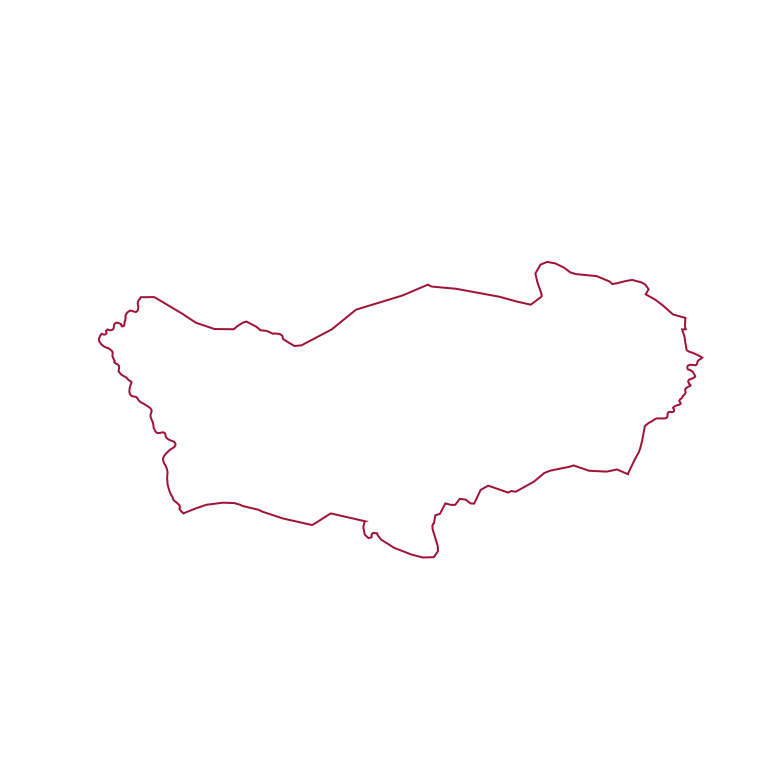 outline of Ar Rujum, Al Mahwit, Yemen, rotated 116°
{"feature_id": "15242507B44353652125997", "entity_name": "Ar Rujum", "entity_type": "district", "adm_level": 2, "iso_a3": "YEM", "parent_name": "Yemen", "parent_adm1": "Al Mahwit", "projection": "robinson", "projection_center": [43.673, 15.406], "detail": "fine", "context": "isolated", "style": "outline", "palette": "rose", "viewbox_px": 768, "rotation_deg": 116, "n_neighbors": 0, "source": "geoboundaries", "source_scale": "gbopen_adm2", "svg_char_len": 5614}
<svg xmlns="http://www.w3.org/2000/svg" viewBox="0 0 768 768"><g transform="rotate(116 384 384)"><path d="M220.8,109.5L220.5,112.5L220.5,116.7L220.7,120.6L221.2,124.1L220.9,126.7L220.8,126.9L213.6,132.1L209.8,134.6L204.3,140.0L202.5,136.8L200.5,138.6L192.5,142.1L194.8,154.7L191.1,168.0L189.5,176.3L189.1,180.0L188.7,188.1L182.8,187.7L180.1,192.8L179.8,197.0L181.4,204.9L181.5,206.3L185.3,211.7L191.1,218.5L194.0,222.5L193.0,226.1L193.8,240.1L201.2,260.0L202.0,265.5L200.5,273.3L200.5,279.6L200.5,282.9L202.8,290.9L205.2,293.1L208.2,295.7L208.7,295.7L218.3,296.4L224.8,291.2L231.6,284.3L234.7,281.4L236.6,280.8L248.4,286.9L251.9,301.8L254.9,318.2L257.8,328.6L266.7,360.6L275.6,384.1L275.5,388.1L278.0,390.3L296.0,405.9L301.1,411.3L329.4,441.7L357.8,454.9L385.4,475.1L389.1,481.1L388.5,488.5L387.8,494.6L385.9,495.9L385.0,497.0L384.8,499.6L386.6,504.9L387.6,505.7L387.6,511.9L387.7,512.7L389.9,518.7L389.6,519.2L388.5,524.1L388.2,535.1L390.5,537.5L396.1,541.1L400.7,543.1L408.9,560.5L411.4,579.9L409.6,593.9L409.3,595.8L406.6,628.1L406.8,628.8L407.1,629.7L410.2,635.8L412.6,640.7L414.3,640.8L416.2,641.2L418.0,641.2L419.7,640.6L421.2,639.5L422.6,638.5L424.6,637.8L426.3,637.7L428.0,638.5L428.6,640.6L428.7,642.4L429.3,644.4L430.8,645.3L432.5,646.1L434.7,646.4L436.5,646.1L438.2,645.1L440.3,644.5L442.2,644.3L444.0,643.5L445.7,643.2L447.0,644.4L446.5,645.8L446.3,645.8L445.8,645.9L445.5,646.5L445.5,647.8L445.7,650.2L446.2,651.5L447.5,652.2L448.3,652.7L449.9,652.3L451.8,651.6L453.5,651.4L455.0,652.5L456.0,654.2L456.1,656.3L458.0,657.3L459.2,656.1L460.1,655.7L461.1,655.9L461.6,656.2L462.2,657.0L462.5,657.9L462.6,658.8L462.6,659.6L462.6,659.8L464.1,660.1L464.3,660.1L465.0,660.3L466.7,660.1L468.5,660.0L470.6,658.6L472.3,655.3L473.0,652.2L473.0,648.9L472.6,647.6L473.5,643.0L474.7,641.6L477.6,640.5L478.3,640.1L479.3,638.8L480.8,637.1L481.1,636.2L482.7,635.9L483.2,634.0L483.1,632.0L484.0,630.0L485.8,629.1L487.5,628.6L489.1,628.0L489.9,626.2L490.6,624.5L490.9,622.6L491.0,620.8L491.1,618.5L491.1,618.4L492.1,616.2L492.5,614.4L492.7,612.1L493.6,611.6L495.5,611.4L497.2,611.2L499.0,610.8L501.1,610.1L502.8,609.3L504.3,608.1L505.2,606.4L505.3,604.4L504.6,602.5L504.3,600.7L505.3,598.8L506.3,597.2L506.9,595.2L507.1,593.3L507.1,591.5L507.3,589.4L507.6,587.3L507.8,585.3L507.9,584.6L508.2,583.4L509.1,581.6L510.9,580.8L512.5,580.5L514.2,580.3L515.8,579.4L517.3,577.9L518.6,576.4L519.7,575.1L521.2,573.9L522.9,572.7L524.4,571.8L525.7,570.1L527.0,568.4L527.4,566.3L526.5,564.4L525.4,563.0L524.3,561.6L524.1,559.7L525.3,558.2L526.8,557.3L527.8,555.7L528.3,553.2L528.3,551.0L528.0,548.8L528.0,547.0L529.0,545.4L530.6,544.6L532.3,544.8L534.2,545.8L535.8,546.9L537.5,547.7L539.5,548.5L541.2,549.1L542.7,549.6L544.7,550.0L546.4,550.1L548.1,549.9L550.0,548.6L551.7,546.8L552.7,545.2L554.1,543.4L555.4,542.0L557.0,540.7L558.7,539.6L560.3,539.1L561.9,538.4L563.6,537.7L564.5,537.2L565.3,536.7L566.8,535.8L566.9,535.7L567.2,535.6L568.9,534.7L570.4,533.3L571.9,532.2L572.4,531.6L573.3,530.8L574.5,529.6L574.6,529.4L574.8,529.3L576.3,527.6L577.4,526.0L578.5,524.3L579.5,523.4L580.2,522.8L581.0,521.0L581.0,520.9L581.4,518.7L581.8,517.2L582.0,516.6L582.6,514.7L584.3,513.3L586.0,513.1L586.6,512.1L586.6,511.9L587.0,511.2L587.7,509.3L588.2,507.5L586.2,505.8L578.2,498.5L570.4,490.7L561.2,476.6L556.6,466.2L555.6,460.4L555.6,457.6L552.1,441.8L552.0,436.9L549.2,416.1L542.3,386.8L538.9,384.5L523.7,375.2L515.6,340.6L516.1,341.1L521.7,339.9L527.8,335.3L529.3,330.3L527.2,328.0L524.7,329.2L522.7,328.6L521.2,324.7L522.8,323.3L525.2,318.1L526.8,303.0L525.3,285.0L522.9,273.0L517.8,263.3L510.7,262.2L510.1,262.5L506.3,264.5L499.8,270.5L493.3,276.6L490.2,278.4L488.1,278.5L487.1,278.1L479.5,280.3L476.2,276.8L464.4,276.5L463.3,270.8L461.3,267.0L454.1,265.6L452.1,260.0L453.4,253.9L452.0,250.6L444.9,250.6L436.8,250.7L429.7,245.8L429.0,240.2L427.2,225.1L427.2,224.9L424.5,222.8L423.0,218.3L406.1,206.5L396.3,202.0L394.1,201.2L389.2,196.8L386.3,193.1L377.3,181.3L374.1,177.9L372.1,161.7L365.5,146.3L365.2,145.6L362.2,141.6L361.5,140.7L359.1,137.7L358.7,137.1L358.1,125.1L356.8,125.4L353.8,125.4L347.2,125.5L342.4,125.5L334.4,125.1L330.5,125.4L326.4,126.1L320.4,127.5L320.0,127.6L317.8,128.3L317.7,128.3L307.8,131.0L306.2,130.6L304.8,129.8L303.2,129.2L301.8,128.2L300.1,126.9L298.6,126.1L297.3,125.3L295.8,124.2L295.0,123.2L293.8,120.6L292.9,118.6L292.7,118.2L291.9,116.8L291.4,115.9L290.6,115.2L289.8,115.1L288.7,115.1L287.8,115.5L286.9,115.9L286.6,116.0L285.7,116.1L285.0,116.1L284.5,115.8L284.2,115.5L283.5,114.4L283.4,114.3L283.3,113.4L282.9,112.6L282.5,112.2L282.3,112.0L281.7,111.6L281.0,111.6L280.4,111.7L280.2,111.9L279.3,112.8L278.8,113.7L278.7,113.8L277.7,113.6L276.5,112.8L275.1,111.7L274.3,111.0L273.9,110.4L273.3,109.7L272.7,109.2L272.3,109.0L271.8,108.8L271.4,108.8L271.0,109.2L270.6,109.9L270.2,110.7L269.7,111.2L269.4,111.2L268.8,111.2L267.5,111.0L266.7,110.4L265.9,110.1L265.1,110.1L264.4,110.1L263.5,110.1L262.7,109.6L261.9,109.3L260.5,109.2L259.7,109.2L259.1,109.3L258.5,109.8L258.0,110.2L257.8,110.3L257.1,110.8L256.4,110.9L255.3,110.7L254.2,110.0L253.1,109.3L252.3,108.7L251.7,108.1L251.1,107.9L250.6,108.0L250.4,108.6L250.3,109.5L249.4,110.6L249.0,111.1L248.8,111.4L248.3,111.8L247.3,111.8L247.2,111.8L246.0,111.5L245.3,110.6L244.5,110.2L244.0,109.3L243.0,108.6L242.1,108.1L241.4,107.6L240.8,107.6L240.5,107.8L240.4,107.9L239.5,109.1L238.9,110.2L238.0,111.4L237.5,112.5L237.4,113.4L237.5,113.9L237.1,115.0L237.7,116.9L237.0,118.1L235.8,118.8L234.3,118.9L232.6,117.4L231.2,114.1L230.6,112.1L229.4,111.5L226.1,112.0L224.4,111.6L223.3,110.8L221.8,109.9L220.8,109.5Z" fill="none" stroke="#9f1239" stroke-width="2"/></g></svg>